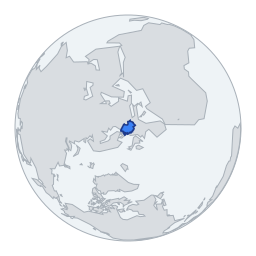 the Earth from above Germany, rotated 221°
{"feature_id": "DEU", "entity_name": "Germany", "entity_type": "country or territory", "adm_level": 0, "iso_a3": "DEU", "parent_name": "Europe", "parent_adm1": "", "projection": "orthographic", "projection_center": [10.44, 51.169], "detail": "medium", "context": "on_globe", "style": "filled", "palette": "blue", "viewbox_px": 256, "rotation_deg": 221, "n_neighbors": 0, "source": "natural_earth", "source_scale": "50m", "svg_char_len": 11629}
<svg xmlns="http://www.w3.org/2000/svg" viewBox="0 0 256 256"><g transform="rotate(221 128 128)"><circle cx="128" cy="128" r="113" fill="#eef3f6" stroke="#a8b0b8"/><path d="M15.4,127.1L15.7,127.0L16.6,119.9L16.7,117.0L16.3,117.1L17.7,106.6L19.4,100.0L30.3,72.0L32.8,67.8L35.0,64.6L49.8,47.8L38.2,60.0L41.8,55.5L46.8,50.0L46.6,50.5L53.3,44.5L58.1,40.4L67.1,35.1L75.0,33.9L71.9,35.5L74.2,35.2L78.2,33.3L80.3,32.1L93.5,30.3L107.1,26.8L110.3,24.5L110.4,26.2L115.8,21.3L122.5,19.7L115.6,22.3L115.4,23.3L120.3,22.4L121.1,23.3L123.9,23.4L124.5,24.6L120.4,26.3L120.7,27.2L124.1,26.6L126.8,27.5L121.7,28.2L126.0,30.0L119.9,33.7L105.9,35.6L103.1,39.4L90.2,46.3L92.0,46.9L88.3,50.2L88.9,52.3L86.3,53.2L89.1,54.1L91.3,52.9L93.2,53.0L93.8,54.1L90.7,55.4L89.9,55.0L89.3,56.0L87.4,56.2L88.7,56.7L84.8,58.3L89.5,58.5L87.0,61.3L84.2,61.8L83.5,59.4L75.0,55.5L71.9,55.7L68.3,58.2L63.7,67.7L60.7,69.0L57.4,72.6L59.5,72.8L62.9,70.1L66.0,71.6L69.7,68.4L71.5,68.6L75.7,66.5L76.2,69.4L74.3,73.5L70.8,75.6L69.9,77.5L74.1,77.9L68.5,84.0L66.4,92.6L64.8,94.0L60.1,92.5L57.8,86.5L51.8,85.3L56.8,88.9L52.8,92.8L52.6,94.7L53.4,96.2L55.4,95.9L54.3,97.9L48.8,94.9L49.8,93.0L51.5,93.9L50.4,91.3L46.7,89.7L45.0,92.0L41.3,87.8L40.0,89.5L38.5,89.7L40.8,87.2L36.6,91.7L31.9,88.8L26.1,96.8L30.6,87.3L31.5,83.2L32.1,79.3L31.1,80.5L33.2,74.2L32.8,71.7L29.2,75.6L25.7,81.8L23.7,88.1L24.7,87.5L24.1,91.4L21.1,94.9L19.6,103.7L17.8,108.0L16.9,113.0L16.9,116.2L16.8,121.5L17.8,121.4L19.0,124.4L17.8,128.7L19.4,127.4L19.4,132.1L22.6,141.1L22.0,141.3L24.4,153.9L29.0,164.2L30.1,169.2L29.4,170.1L31.4,173.4L31.4,174.7L41.3,187.4L47.8,195.8L48.6,199.7L45.0,199.9L46.4,205.2L42.5,201.4L37.5,195.1L32.9,188.4L28.8,181.4L25.3,174.2L22.2,166.7L19.7,159.0L17.8,151.2L16.4,143.2L15.6,135.2L15.4,127.1ZM24.4,98.8L22.8,111.2L22.1,106.6L22.5,106.9L23.3,103.2L24.1,97.7L24.0,94.0L24.4,98.8ZM27.3,98.8L27.5,97.0L27.5,98.4L27.3,98.8ZM81.1,31.5L78.2,33.2L74.3,34.7L76.6,33.2L81.1,31.5ZM88.6,29.3L87.5,30.1L85.1,30.0L86.5,29.6L88.6,29.3ZM112.4,22.8L109.9,23.5L112.1,22.6L112.4,22.8ZM124.2,23.3L124.7,22.9L125.9,23.1L124.2,23.3ZM75.2,65.1L75.4,65.8L74.5,65.8L75.2,65.1ZM76.7,63.5L75.5,63.0L76.1,62.2L76.8,62.5L76.7,63.5ZM128.0,25.2L129.9,25.9L127.2,25.5L128.0,25.2ZM78.1,64.3L77.2,60.9L78.3,59.6L82.0,59.6L78.1,64.3ZM130.5,26.5L135.2,28.3L136.6,27.5L135.3,31.1L131.8,28.2L128.3,27.8L130.4,27.3L130.5,26.5ZM91.8,52.0L89.4,53.3L90.8,51.2L91.8,52.0ZM92.2,50.7L93.7,44.4L97.5,43.2L96.2,45.5L100.6,43.2L101.7,45.7L99.5,47.5L96.9,47.7L99.3,48.5L92.2,50.7ZM133.9,32.9L134.4,33.7L133.0,33.2L133.9,32.9ZM94.1,52.8L94.1,51.6L97.4,50.4L98.0,52.7L96.8,52.3L94.1,52.8ZM101.3,41.5L103.8,41.1L105.4,43.0L106.6,43.1L102.1,45.6L101.3,41.5ZM96.3,53.2L98.2,53.9L97.3,55.5L94.4,53.9L96.3,53.2ZM97.9,49.2L99.5,48.8L98.9,49.8L97.9,49.2ZM94.8,62.0L94.7,60.4L96.4,59.7L94.8,62.0ZM99.0,54.0L99.4,53.5L100.0,53.0L101.1,53.8L99.0,54.0ZM103.5,46.8L103.6,47.7L105.4,45.9L106.7,47.3L103.4,48.8L105.3,48.8L105.7,49.2L102.6,49.9L103.5,46.8ZM104.1,53.4L100.4,55.9L100.2,59.0L98.7,59.7L99.3,54.7L104.1,53.4ZM103.5,51.3L103.5,52.7L101.6,52.8L100.5,51.9L103.5,51.3ZM108.7,47.8L107.6,45.2L108.3,45.0L108.7,47.8ZM104.4,54.2L105.3,53.6L104.6,54.4L104.4,54.2ZM107.8,49.7L107.3,48.8L108.2,48.6L107.8,49.7ZM107.5,53.2L106.3,54.0L105.4,53.3L107.5,53.2ZM107.9,51.6L109.2,51.5L105.8,52.6L107.5,51.2L107.9,51.6ZM108.7,49.6L109.0,49.2L108.7,50.1L108.7,49.6ZM111.3,55.2L107.3,56.8L105.4,55.4L109.6,54.0L111.3,55.2ZM240.5,121.8L240.5,123.1L239.9,120.6L239.5,121.6L238.4,116.5L235.6,112.2L235.6,117.7L234.4,114.8L230.6,113.4L229.9,121.1L229.7,137.7L231.7,145.6L230.8,152.0L224.6,146.7L220.8,140.4L219.2,143.8L212.3,142.1L202.2,151.3L200.2,150.0L198.4,152.7L193.4,153.5L190.2,150.9L187.4,153.0L196.0,159.4L198.9,157.2L200.5,151.3L202.4,154.2L207.1,154.1L203.9,166.5L187.9,184.3L185.5,178.7L168.7,165.4L168.7,163.0L168.6,162.7L168.4,162.3L167.8,166.5L164.6,163.4L174.5,174.4L176.5,179.5L187.7,184.8L186.9,186.3L190.2,186.6L199.8,178.4L200.1,180.4L196.1,192.4L182.0,210.4L183.4,215.8L181.5,220.9L171.7,227.1L171.5,229.4L166.2,231.9L165.2,233.1L160.4,235.3L152.7,237.6L140.9,239.6L141.0,239.1L136.3,238.0L130.3,232.3L134.1,228.4L133.4,225.2L124.8,217.1L126.7,211.8L124.2,209.5L119.1,210.0L116.1,207.0L112.9,206.7L92.5,205.6L85.8,200.3L76.7,184.9L80.1,180.6L79.9,174.0L102.2,155.0L107.9,157.3L126.5,154.9L129.0,155.8L127.8,161.7L142.6,167.3L146.2,162.0L158.6,163.2L166.3,160.7L167.2,149.3L154.7,153.1L151.6,148.3L160.8,140.7L171.6,137.4L170.7,135.5L163.1,133.3L164.7,128.4L160.3,132.1L162.7,133.7L160.0,136.2L157.7,135.0L158.4,133.2L154.9,133.3L152.6,141.9L154.8,144.4L146.1,147.8L149.0,152.4L146.9,155.1L141.4,148.5L141.3,145.7L131.7,138.6L131.0,141.8L140.0,148.8L137.6,148.5L136.8,153.4L135.5,149.5L125.8,141.3L117.5,143.3L108.3,154.5L103.1,154.9L98.2,151.9L100.1,140.1L111.4,140.7L112.2,136.9L108.7,130.9L112.5,131.7L112.4,129.4L116.6,129.3L121.2,124.0L125.3,123.3L126.0,116.3L128.1,115.1L127.1,119.5L128.6,122.4L138.5,120.9L140.1,119.2L139.7,114.9L142.5,115.2L140.9,111.2L146.0,108.3L138.4,108.5L137.8,103.8L140.2,99.6L138.7,98.2L134.6,105.1L134.3,107.8L136.2,110.1L134.0,118.1L130.8,119.7L127.9,111.7L123.1,113.3L123.0,106.7L133.9,91.6L139.1,88.1L150.0,91.7L149.5,95.0L145.3,95.3L150.2,99.2L149.3,96.9L151.6,97.2L151.6,93.1L153.2,93.1L150.4,89.1L152.4,88.8L154.2,91.3L155.9,85.2L159.7,83.5L159.3,82.1L157.8,81.1L163.7,79.8L163.1,78.8L161.0,78.9L158.4,77.1L156.3,73.4L158.5,73.2L159.5,74.4L165.0,76.9L167.5,80.5L168.2,80.0L166.5,76.9L159.8,73.9L157.9,71.8L161.2,72.7L159.9,72.2L159.6,71.1L161.4,69.8L157.8,68.6L151.9,57.7L154.8,54.4L158.3,56.3L156.5,49.2L159.8,46.5L157.8,46.5L155.6,43.3L154.6,44.1L153.4,43.9L147.3,36.7L147.5,35.0L142.6,32.4L141.5,32.5L141.1,33.5L135.3,31.1L136.6,27.5L138.9,27.5L138.2,25.5L143.4,25.9L147.4,25.6L153.6,27.6L156.2,27.3L155.6,26.6L158.8,25.8L167.3,27.1L163.0,29.3L150.7,29.0L156.0,29.3L155.5,30.2L157.9,31.1L161.5,31.3L161.5,30.7L171.2,37.4L181.5,41.5L178.9,38.1L180.1,37.0L189.5,39.8L205.1,52.1L206.9,51.6L208.9,53.0L211.5,56.3L208.7,54.4L208.8,56.0L206.8,54.6L210.1,59.6L207.3,57.7L211.2,62.8L212.8,63.0L211.0,59.0L215.5,64.5L217.2,63.6L220.5,66.6L228.1,79.1L231.2,87.6L232.0,89.2L231.6,90.4L233.5,96.3L236.2,98.4L237.0,100.6L239.0,110.3L238.6,108.8L237.6,112.1L239.2,118.5L240.0,117.4L240.3,119.5L240.5,121.8ZM95.7,166.6L95.3,168.6L95.7,166.6ZM183.9,139.1L189.7,136.0L185.5,130.7L187.4,129.1L185.3,128.0L185.2,130.4L179.7,126.9L181.7,123.3L180.1,120.6L178.1,121.6L175.4,128.8L183.2,133.7L182.5,137.3L183.9,139.1ZM22.7,141.3L22.9,143.2L22.3,141.8L22.7,141.3ZM21.2,107.6L21.2,109.6L21.0,111.2L20.8,110.0L21.2,107.6ZM23.7,123.5L24.2,126.0L23.3,124.1L23.7,123.5ZM22.8,113.1L23.3,121.7L21.7,118.5L21.5,113.2L22.1,115.8L22.8,113.1ZM25.6,100.2L25.4,101.7L24.9,102.1L25.6,100.2ZM27.4,99.9L27.3,99.5L27.7,98.3L27.4,99.9ZM53.1,92.9L53.5,93.3L54.0,95.0L53.0,94.7L53.1,92.9ZM60.8,100.4L58.8,103.5L59.5,100.9L57.8,101.0L57.1,95.9L64.0,94.5L61.0,96.0L60.8,100.4ZM58.1,88.9L57.8,92.1L57.9,88.7L58.1,88.9ZM108.1,117.8L109.9,119.4L108.8,121.9L103.7,123.3L105.2,119.5L108.1,117.8ZM112.7,121.1L111.2,113.1L114.4,112.1L112.9,114.0L115.1,114.1L113.2,117.2L117.6,124.3L117.0,127.1L107.8,127.7L111.2,125.9L109.2,124.4L112.7,121.1ZM102.1,96.4L101.5,93.4L109.0,95.0L108.7,97.6L103.6,99.0L100.9,96.8L102.1,96.4ZM84.9,65.3L84.2,64.5L85.1,64.1L86.4,64.5L84.9,65.3ZM94.6,61.3L88.9,68.8L87.8,68.1L85.8,73.5L82.2,74.0L83.6,70.4L79.2,74.9L79.1,71.9L76.4,75.2L80.0,67.2L79.6,64.9L81.4,67.3L84.8,66.9L86.2,66.0L89.8,61.9L90.7,56.8L94.2,55.8L96.5,56.4L96.8,57.5L94.4,57.8L96.5,59.0L93.3,60.2L94.6,61.3ZM120.6,67.4L117.7,66.8L121.4,70.4L118.3,71.3L118.9,71.7L117.0,73.5L115.7,76.5L114.1,76.5L114.4,77.6L113.1,79.0L112.8,80.6L109.9,81.2L109.4,83.3L108.3,82.5L108.1,85.9L106.9,83.7L105.2,85.3L107.3,86.6L92.0,87.1L86.6,89.3L82.7,92.6L81.1,88.5L83.8,83.0L88.6,77.6L94.1,76.1L92.4,74.7L94.5,73.6L95.0,75.2L95.5,72.1L97.4,71.6L101.7,67.5L101.4,63.5L102.9,62.0L104.0,63.3L104.8,60.9L107.9,62.4L109.1,61.4L113.3,62.1L114.6,65.4L115.9,64.1L119.1,64.6L120.6,67.4ZM112.5,55.5L114.8,59.1L114.2,61.4L107.2,59.3L105.7,60.1L101.1,59.1L102.0,55.8L103.3,56.4L104.7,56.2L103.8,57.2L105.5,56.2L107.3,57.0L109.1,56.5L109.4,57.8L112.5,55.5ZM131.3,153.4L133.1,153.5L135.8,152.9L135.3,156.1L131.3,153.4ZM124.6,147.9L126.2,147.5L126.8,151.4L124.9,151.4L124.6,147.9ZM126.5,144.0L126.2,147.1L125.2,145.4L126.5,144.0ZM128.5,118.9L130.1,118.3L130.5,119.2L129.9,120.8L128.5,118.9ZM131.0,79.1L129.4,78.2L129.8,77.6L128.0,74.3L130.2,73.5L132.2,75.2L131.0,79.1ZM165.4,151.9L163.6,154.7L162.2,154.0L163.2,153.2L165.4,151.9ZM149.0,156.1L153.0,156.7L148.8,157.0L149.0,156.1ZM133.1,77.7L132.1,76.4L133.8,76.8L133.1,77.7ZM131.8,72.8L133.7,72.9L130.3,73.0L131.8,72.8ZM197.9,211.4L189.0,221.6L184.5,224.1L184.6,222.9L188.5,217.6L194.0,213.4L197.0,209.7L197.9,211.4ZM240.6,129.7L239.7,129.1L240.0,126.0L240.6,123.5L240.6,129.7ZM232.1,145.9L233.9,148.1L233.2,150.6L232.1,145.9ZM233.1,91.1L233.7,93.7L233.2,92.8L232.1,89.0L233.1,91.1ZM223.0,69.3L225.1,72.0L226.0,73.3L225.2,72.7L223.0,69.3ZM150.7,70.5L150.7,75.9L152.1,79.5L155.2,81.1L150.8,81.3L148.6,75.7L150.7,70.5ZM151.6,59.3L148.8,58.1L150.0,57.3L150.8,57.4L151.6,59.3ZM149.9,59.5L146.7,60.7L145.1,59.2L148.0,58.6L149.9,59.5ZM140.0,69.0L139.8,70.6L138.4,70.2L140.0,69.0ZM229.8,79.9L228.2,76.7L227.2,74.7L228.7,77.5L229.8,79.9ZM207.9,50.1L206.7,49.4L205.1,47.5L206.4,48.5L207.9,50.1ZM198.8,41.4L204.3,46.8L208.5,51.6L208.4,50.9L211.4,53.7L210.4,53.7L205.7,49.0L202.9,45.8L200.2,43.9L196.8,40.9L194.1,39.7L191.9,38.2L193.4,38.4L198.8,41.4ZM193.0,39.4L187.1,36.8L185.0,34.3L185.9,34.3L189.5,36.5L190.3,37.7L193.0,39.4ZM185.0,35.6L185.8,36.7L178.6,36.8L176.6,36.2L181.0,34.6L181.9,35.6L184.1,36.1L185.0,35.6ZM135.4,33.3L134.5,33.7L134.7,33.0L135.4,33.3ZM152.9,44.4L151.4,44.0L151.7,43.0L152.9,44.4ZM147.5,42.4L148.1,43.7L146.5,42.4L147.5,42.4ZM149.8,46.6L148.0,44.2L151.0,46.4L149.8,46.6Z" fill="#d9dde1" stroke="#a8b0b8" stroke-width="1"/><path d="M126.8,135.2L125.5,134.6L125.3,134.8L125.5,134.9L125.3,135.0L124.2,134.9L124.3,133.8L124.6,132.9L125.0,132.4L124.2,131.9L123.2,131.8L123.0,131.4L122.8,131.2L123.0,130.6L122.7,130.4L122.5,130.0L122.9,129.5L122.9,129.3L122.7,129.1L122.8,129.0L122.5,128.7L122.6,128.4L122.3,128.1L122.7,127.9L122.6,127.7L122.8,127.3L122.5,126.6L123.5,126.4L123.5,126.1L123.9,125.7L123.9,125.4L123.5,125.2L123.9,125.0L124.1,124.4L124.2,123.8L124.0,123.6L124.2,123.0L125.2,123.0L125.3,123.3L125.4,123.5L125.5,123.2L125.7,123.4L125.7,123.6L125.8,122.8L125.9,122.7L126.6,122.7L127.0,123.2L127.2,123.3L126.7,122.7L126.3,122.6L126.2,121.9L125.9,121.8L125.9,121.6L126.3,121.5L126.3,121.4L126.0,120.6L126.7,120.8L127.1,120.8L127.5,121.1L127.3,121.5L127.7,121.5L128.3,121.8L128.7,121.7L128.7,122.1L128.4,122.3L128.6,122.4L129.1,122.5L129.6,122.1L129.9,122.1L130.4,121.5L131.0,121.6L131.5,122.1L131.8,122.1L132.0,122.6L132.4,122.9L132.7,123.9L132.4,124.5L133.0,125.2L132.9,125.5L133.2,126.1L133.1,126.6L133.2,127.1L133.5,127.3L133.6,127.7L133.6,128.0L133.4,128.5L132.8,128.1L132.7,128.2L132.9,128.4L131.9,128.8L131.1,129.4L130.6,129.5L130.3,129.9L130.1,129.7L130.6,130.5L130.5,130.8L130.8,131.3L132.3,132.5L132.3,133.0L132.2,133.1L131.8,133.4L131.0,134.0L131.3,134.4L131.2,134.7L131.5,134.8L131.4,135.2L131.0,134.8L130.3,134.8L128.8,135.4L128.6,135.2L128.0,135.1L127.9,135.5L127.7,135.6L127.4,135.2L126.8,135.2ZM131.6,121.4L131.7,121.8L131.5,121.7L131.4,121.9L131.1,121.7L131.1,121.3L131.4,121.0L131.7,121.3L131.6,121.4ZM132.4,122.4L132.4,122.6L132.0,122.6L131.9,122.1L132.4,122.4ZM125.6,120.9L125.7,120.3L125.7,120.6L126.0,120.7L125.6,120.9ZM129.0,121.6L128.8,121.6L128.7,121.5L128.7,121.4L129.0,121.6ZM125.8,120.9L125.9,121.1L125.7,121.0L125.8,120.9Z" fill="#3b82f6" stroke="#1e3a8a" stroke-width="1.5"/></g></svg>